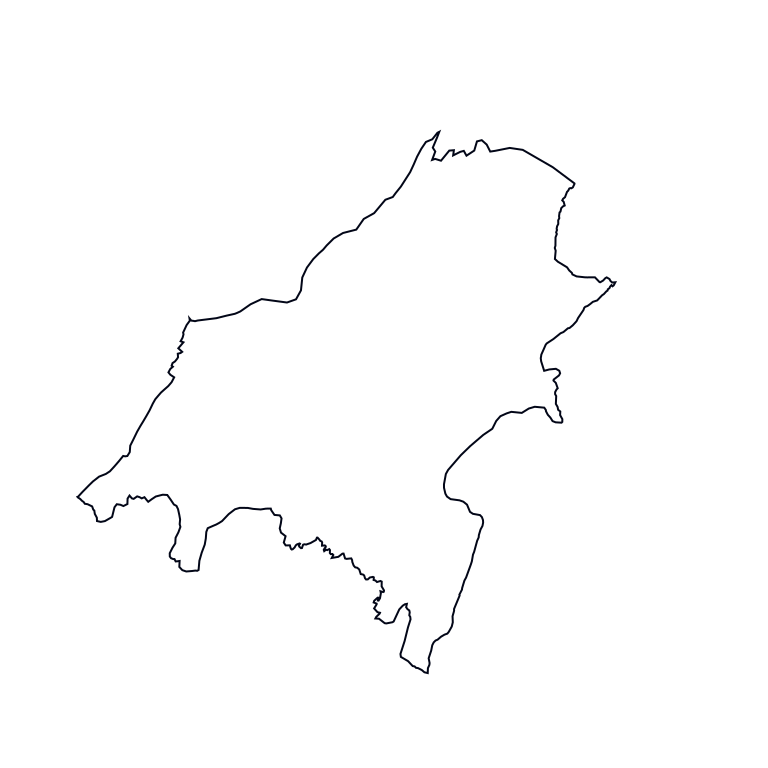 outline of Beyla, Beyla, Guinea, rotated 34°
{"feature_id": "49546643B61238663992809", "entity_name": "Beyla", "entity_type": "district", "adm_level": 2, "iso_a3": "GIN", "parent_name": "Guinea", "parent_adm1": "Beyla", "projection": "equal_earth", "projection_center": [-8.173, 8.91], "detail": "fine", "context": "isolated", "style": "outline", "palette": "ink", "viewbox_px": 768, "rotation_deg": 34, "n_neighbors": 0, "source": "geoboundaries", "source_scale": "gbopen_adm2", "svg_char_len": 6165}
<svg xmlns="http://www.w3.org/2000/svg" viewBox="0 0 768 768"><g transform="rotate(34 384 384)"><path d="M400.1,572.8L400.8,571.9L400.9,571.1L401.3,569.6L401.1,567.0L401.6,565.5L403.2,563.4L403.7,563.4L403.8,565.6L404.7,566.2L407.0,566.5L407.7,565.9L406.8,562.5L407.5,561.5L409.3,560.6L409.7,560.0L412.0,557.0L414.8,551.4L414.3,548.9L414.8,548.5L417.7,549.2L418.7,549.7L420.4,549.4L421.3,549.9L423.0,552.7L425.2,550.9L426.5,551.1L426.9,552.1L426.6,553.4L426.8,555.2L427.9,556.0L428.6,553.8L429.8,553.5L430.9,551.5L432.1,551.9L433.6,554.4L435.0,554.8L436.3,553.8L437.6,554.1L438.0,557.4L442.8,552.8L444.4,547.9L445.3,547.2L449.3,550.4L450.8,549.9L453.0,548.0L454.4,546.9L456.0,547.8L457.3,549.3L458.3,550.0L460.4,551.5L462.6,552.1L464.6,551.3L467.2,551.6L471.0,554.6L473.1,553.7L474.6,553.8L476.8,555.6L478.4,556.1L479.8,555.1L480.5,552.3L482.7,550.1L483.7,550.0L485.0,552.3L486.8,551.7L488.9,552.1L491.2,549.3L492.6,549.1L495.2,553.1L499.4,555.1L500.0,556.3L499.6,557.0L497.0,557.8L498.4,559.2L500.5,563.9L500.6,566.6L500.0,566.9L498.9,564.3L498.2,564.7L497.1,569.2L497.6,570.9L500.7,570.2L501.1,570.8L501.3,575.6L506.2,576.8L508.6,575.9L508.8,576.8L507.8,581.4L508.0,583.2L511.1,581.4L518.3,581.9L519.8,581.2L524.2,576.8L524.8,575.5L522.7,562.3L523.5,557.3L524.5,554.9L525.9,553.5L527.2,556.7L527.8,556.9L529.3,557.5L531.6,557.6L533.0,558.9L534.3,561.6L536.0,562.4L537.6,564.3L540.0,572.4L544.8,585.5L548.6,598.6L550.6,600.8L559.0,600.3L565.5,601.8L567.3,601.0L569.2,601.4L571.1,600.5L575.3,600.0L578.7,600.4L581.9,599.2L579.3,595.0L578.7,591.5L577.8,589.8L574.4,586.4L572.2,578.6L570.1,573.6L569.7,570.4L570.2,567.8L571.4,566.0L572.6,561.6L574.3,558.0L576.1,555.5L576.3,553.3L575.8,547.2L574.3,543.1L570.7,538.2L569.3,533.9L568.8,532.6L567.9,531.4L565.0,517.1L564.3,516.5L563.6,510.8L562.9,509.5L560.6,502.0L560.3,498.6L556.9,485.0L556.0,481.9L553.2,475.7L552.6,472.8L548.9,461.9L548.3,458.3L547.1,456.1L545.4,450.6L545.0,446.6L543.7,443.5L542.2,441.5L539.6,439.6L536.9,439.0L530.3,441.9L526.8,441.9L520.3,437.6L515.6,437.2L511.7,438.2L503.6,442.2L499.2,442.1L496.2,440.6L491.8,436.5L489.8,433.6L485.6,424.0L485.2,419.4L487.5,400.1L490.2,387.2L494.8,370.6L498.8,360.6L498.7,359.5L497.7,351.9L498.5,345.6L502.1,339.8L505.1,335.9L514.4,330.9L517.8,323.3L519.0,321.9L521.7,318.6L530.1,314.0L532.8,315.1L533.5,316.0L537.0,317.9L540.7,318.8L544.5,320.5L547.7,319.8L552.8,316.8L553.0,315.7L551.5,313.4L547.4,311.3L545.5,308.2L542.8,308.0L540.7,305.9L537.6,304.4L533.5,297.7L531.5,296.7L530.4,295.0L530.1,292.1L530.4,290.4L525.8,287.0L522.6,286.4L522.2,285.4L524.3,279.0L524.0,276.6L521.9,275.0L518.0,275.3L512.9,279.5L509.4,283.5L501.6,277.3L499.5,274.9L498.9,273.5L498.0,271.7L497.0,266.0L496.1,261.1L496.2,259.4L499.3,252.0L502.0,243.2L503.7,240.6L505.3,235.0L506.5,233.8L507.7,229.7L508.5,224.3L508.3,222.8L508.0,220.9L508.0,211.2L507.4,208.8L507.7,207.4L509.1,205.5L510.2,202.5L511.2,199.1L514.0,195.5L515.2,188.5L516.0,186.5L516.5,183.0L517.1,181.5L516.6,180.4L517.3,178.5L517.0,176.8L517.3,174.8L518.8,175.2L519.3,173.8L518.9,170.3L516.5,172.2L514.3,172.0L512.2,170.9L509.0,171.1L508.3,172.5L507.8,175.7L506.4,178.7L505.7,179.0L499.2,177.6L492.8,182.0L491.1,183.1L483.5,187.1L478.9,187.8L477.6,186.8L474.1,186.3L470.5,184.9L459.8,185.4L455.8,184.8L451.8,177.5L449.5,175.7L448.8,173.5L444.2,166.5L443.4,163.0L441.9,162.0L441.3,159.5L440.4,158.9L439.3,156.5L439.0,153.9L436.9,150.9L436.6,148.5L435.3,147.0L433.6,143.6L433.9,142.4L432.6,139.1L433.1,136.5L434.0,135.0L431.1,132.5L429.1,132.1L428.9,130.3L429.6,127.9L428.3,122.4L428.6,120.7L428.3,118.4L428.9,117.4L429.9,117.0L430.6,115.4L430.0,111.5L429.7,111.2L402.7,109.9L368.1,112.3L356.2,118.0L345.8,128.5L342.1,131.9L335.3,128.1L328.7,127.2L325.4,130.9L328.3,140.0L324.7,148.6L319.8,146.1L317.4,148.9L313.5,155.8L311.2,151.1L307.6,154.0L306.4,167.0L300.5,168.8L298.6,171.3L296.5,162.6L292.3,160.8L290.2,150.1L288.8,144.0L287.8,145.9L287.2,154.1L283.4,159.9L283.4,168.1L284.3,177.0L285.9,185.5L287.2,193.7L287.4,202.3L287.6,210.9L286.9,219.2L286.7,224.1L282.1,230.5L280.3,247.8L274.9,258.5L274.7,271.5L265.6,281.7L260.9,291.5L259.0,301.2L258.4,306.7L257.0,312.0L255.5,319.9L255.0,330.5L256.7,341.4L262.8,352.8L263.7,363.0L258.0,370.7L243.7,377.8L235.1,382.0L228.8,392.5L224.3,404.2L222.4,407.3L221.1,409.2L215.4,415.2L208.2,423.2L194.1,435.5L192.2,437.6L190.8,438.2L188.8,439.2L186.1,438.4L187.6,440.0L187.4,445.5L188.7,453.7L190.0,454.9L191.1,458.2L191.5,462.3L194.4,461.6L193.5,469.4L198.7,470.2L198.0,472.1L196.1,474.2L198.3,477.0L198.4,478.7L198.1,482.2L197.0,484.9L197.7,487.6L199.3,487.7L198.4,491.1L198.8,494.9L201.7,495.8L206.3,495.8L206.9,501.3L206.3,506.4L205.0,511.4L203.9,515.8L203.4,519.9L202.9,524.5L203.3,529.6L203.7,532.2L204.4,537.0L204.9,543.4L205.3,550.0L205.5,554.7L206.0,561.5L207.3,570.7L208.1,577.0L211.3,582.6L211.5,587.2L209.9,588.7L208.0,589.5L207.4,596.2L206.6,602.9L205.6,609.6L203.7,614.1L199.6,620.1L197.2,627.5L196.1,632.8L194.4,642.0L193.4,648.5L193.0,649.0L193.4,649.2L195.2,649.2L196.5,649.2L198.8,649.7L201.1,649.8L202.9,650.6L205.5,649.4L210.5,648.7L213.2,650.7L214.6,650.9L215.4,651.8L216.9,653.4L220.7,655.4L222.7,658.1L226.3,656.7L229.3,653.7L232.2,647.8L232.9,646.2L229.5,636.9L229.7,633.1L233.0,631.5L236.2,630.9L238.4,627.0L235.5,622.4L235.4,618.8L239.0,619.8L240.7,619.2L242.2,615.2L244.6,614.5L247.1,614.3L248.7,611.8L252.1,612.9L254.4,613.5L255.9,609.3L257.7,604.9L260.7,601.5L262.5,599.5L266.4,597.2L271.6,599.1L277.2,601.4L280.1,601.1L283.2,602.9L287.6,607.1L290.7,610.3L293.0,614.5L295.1,616.3L296.5,622.0L297.2,628.0L300.1,632.9L300.2,637.9L301.0,644.1L302.9,646.8L304.9,647.5L307.2,647.0L308.2,646.3L310.5,647.6L312.1,646.3L313.5,645.0L316.6,650.1L320.9,651.1L324.9,650.0L329.4,646.4L331.9,644.2L333.6,643.3L334.3,641.9L329.8,633.8L327.2,625.8L325.2,617.4L322.7,611.8L319.4,606.0L318.5,602.1L321.8,596.9L323.5,594.3L325.0,591.4L326.4,588.2L328.0,578.7L330.5,571.2L333.7,567.3L340.4,562.9L345.2,560.8L351.9,557.0L355.9,553.3L359.8,550.6L361.1,551.7L366.4,553.8L371.1,551.2L374.2,552.7L376.4,557.2L378.3,562.0L381.7,564.8L387.5,565.2L389.6,571.5L392.7,572.8L396.2,570.4L397.8,571.8L399.1,572.7L400.1,572.8Z" fill="none" stroke="#020617" stroke-width="2"/></g></svg>